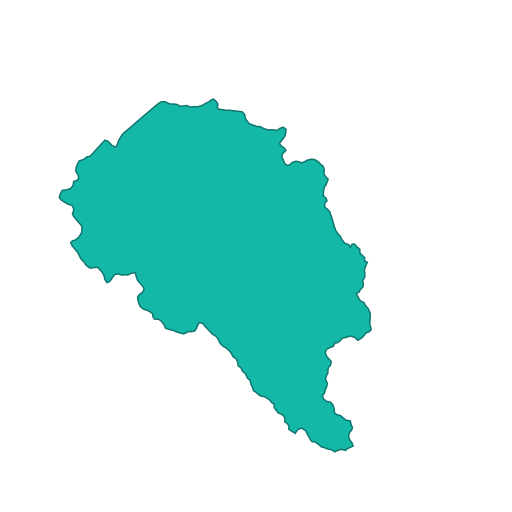 outline of Licínio de Almeida, Bahia, Brazil, rotated 310°
{"feature_id": "56859067B49483599341096", "entity_name": "Licínio de Almeida", "entity_type": "district", "adm_level": 2, "iso_a3": "BRA", "parent_name": "Brazil", "parent_adm1": "Bahia", "projection": "mercator", "projection_center": [-42.478, -14.613], "detail": "fine", "context": "isolated", "style": "filled", "palette": "teal", "viewbox_px": 512, "rotation_deg": 310, "n_neighbors": 0, "source": "geoboundaries", "source_scale": "gbopen_adm2", "svg_char_len": 4180}
<svg xmlns="http://www.w3.org/2000/svg" viewBox="0 0 512 512"><g transform="rotate(310 256 256)"><path d="M196.0,68.4L192.3,70.6L188.6,70.6L184.9,68.4L181.8,65.4L177.7,66.2L174.4,67.7L173.7,70.3L174.0,73.7L175.0,79.1L176.5,82.6L175.4,85.3L173.5,87.2L170.5,88.1L169.1,90.8L168.1,96.4L167.4,101.1L166.6,103.8L162.0,107.4L156.9,108.1L152.4,107.5L149.8,105.7L147.1,105.5L145.7,108.5L144.9,113.1L144.0,117.4L141.3,123.6L140.7,128.8L139.7,132.1L140.1,136.8L143.6,139.9L145.7,142.4L145.0,145.3L144.8,148.1L143.5,151.8L140.8,155.4L139.8,159.0L142.2,160.2L145.0,160.2L148.4,159.7L151.2,159.8L153.7,162.1L155.2,165.7L157.5,167.6L158.9,170.0L162.7,171.6L165.6,174.3L163.3,177.4L161.2,181.0L160.0,188.7L158.7,191.7L155.1,192.4L152.3,191.6L149.1,191.4L146.7,193.3L144.9,196.0L142.9,199.6L142.9,203.8L144.2,207.0L145.0,209.9L145.4,213.9L143.5,215.7L142.3,218.6L145.0,222.1L145.2,225.3L144.5,229.2L142.5,233.0L143.8,236.5L145.9,240.7L146.7,243.6L147.8,246.4L149.9,250.8L154.0,252.4L156.6,255.1L158.8,257.2L162.0,257.0L164.9,256.0L168.3,255.2L170.1,258.4L169.2,263.6L168.7,268.2L168.1,272.7L168.8,277.0L168.3,279.6L166.4,283.6L165.8,286.3L165.8,289.4L166.3,292.3L166.4,295.1L165.7,299.3L164.2,302.9L164.4,307.4L162.7,310.5L160.4,313.0L160.7,316.3L159.1,319.8L159.0,323.9L157.0,327.9L156.9,331.5L154.5,334.6L153.2,337.6L151.2,340.6L151.6,343.5L151.4,346.7L151.9,350.0L153.5,352.5L154.1,355.3L154.5,359.1L153.8,362.4L154.1,365.3L151.7,367.1L150.8,370.4L150.1,374.0L151.2,377.2L151.2,380.6L149.7,383.0L147.4,384.7L147.8,387.4L147.0,390.3L144.3,392.6L144.9,397.0L145.3,400.0L150.3,399.6L153.5,401.6L154.1,406.4L152.4,410.1L151.5,412.8L150.3,415.5L149.8,418.3L151.5,420.7L151.9,424.6L151.8,428.8L153.2,431.8L154.3,435.3L156.1,438.3L156.6,442.2L160.3,443.9L163.0,446.0L164.6,449.5L167.5,449.9L170.1,451.3L172.9,452.5L174.6,449.6L175.4,446.0L177.3,442.8L181.1,441.1L184.0,441.2L186.6,440.2L188.1,437.0L190.3,434.2L188.1,430.6L188.0,427.3L188.1,423.3L186.4,419.7L186.4,416.7L188.9,414.5L191.4,410.6L191.9,406.9L190.0,403.6L189.9,399.8L191.6,396.6L194.7,396.7L197.3,395.4L200.7,394.4L204.2,392.6L206.4,388.3L209.3,387.0L212.6,386.3L214.7,384.5L217.1,383.1L219.9,383.4L223.5,381.5L224.2,376.3L225.1,373.3L227.1,370.7L230.6,370.1L234.1,372.0L236.5,373.3L240.0,372.3L242.0,374.2L245.1,375.0L248.6,374.9L251.3,377.1L255.5,379.9L257.1,384.1L257.0,388.3L261.9,389.8L264.7,389.8L268.2,389.8L270.9,391.5L273.8,391.5L275.3,389.3L277.3,386.5L281.5,383.7L285.4,380.5L287.9,375.7L288.2,372.2L289.7,368.5L288.7,364.7L290.0,361.0L291.5,357.2L294.9,358.1L297.4,357.5L301.1,357.8L303.4,356.2L305.8,353.5L309.8,352.9L312.9,350.3L314.8,348.1L318.5,346.5L322.7,345.4L322.1,342.3L324.6,340.3L324.8,336.9L325.0,333.8L327.9,331.1L327.9,327.6L328.5,324.0L326.9,322.0L323.1,322.6L324.3,319.8L322.8,315.7L323.8,311.2L325.4,307.7L325.7,304.2L326.9,300.5L328.8,297.2L330.6,294.5L332.1,292.3L334.0,289.5L335.7,286.7L337.2,284.4L337.7,281.1L337.6,277.3L340.4,274.8L344.0,274.8L345.3,272.5L345.4,268.8L349.5,265.7L353.1,264.0L355.9,263.8L358.3,262.9L361.2,261.9L361.7,257.5L363.1,254.6L365.8,253.1L367.8,249.9L367.8,246.4L368.2,243.4L367.9,240.2L366.3,236.7L362.7,233.9L359.2,232.4L356.6,231.1L355.8,228.5L354.3,225.7L350.9,223.6L347.2,223.2L345.4,221.3L345.3,218.4L346.9,215.7L348.6,211.9L352.0,210.6L356.1,211.1L356.9,208.0L356.4,205.0L357.3,201.6L360.4,201.4L363.3,201.3L366.8,201.0L369.4,199.6L372.3,197.7L372.2,194.1L368.6,192.0L365.6,191.6L364.5,189.1L362.1,186.1L360.2,183.9L358.6,180.0L357.9,176.1L355.7,173.3L354.4,169.5L353.0,165.9L353.5,163.1L354.3,160.1L357.2,156.1L357.6,152.7L352.4,144.8L350.7,142.1L348.6,139.8L346.6,136.2L344.5,133.2L345.0,130.6L347.8,129.3L348.8,126.4L348.8,122.5L346.3,121.2L343.5,120.8L341.1,119.4L338.3,118.7L335.4,117.2L332.6,115.2L331.1,113.0L328.1,110.3L326.6,106.1L323.4,103.2L321.8,101.1L321.2,97.9L319.5,95.2L317.6,93.1L316.5,90.4L315.8,87.2L313.4,84.4L309.6,83.1L292.1,80.1L279.0,77.9L273.1,77.0L266.9,75.9L263.7,75.5L259.7,75.9L255.4,76.8L252.2,78.1L249.4,78.7L248.1,74.9L248.6,71.1L248.6,68.2L247.6,65.8L226.0,64.8L222.8,62.5L219.7,62.2L215.2,59.5L211.7,60.2L208.4,61.2L205.0,63.5L203.7,67.9L201.2,70.4L198.1,70.0L196.0,68.4Z" fill="#14b8a6" stroke="#0f766e" stroke-width="1.5"/></g></svg>